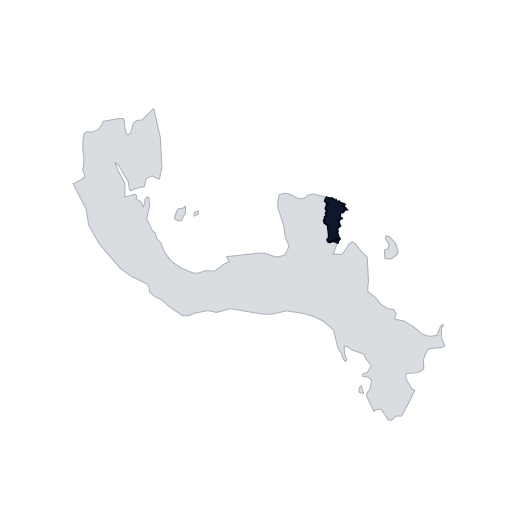 Mariato, Veraguas, Panama shown in context, rotated 207°
{"feature_id": "35544464B44926155348372", "entity_name": "Mariato", "entity_type": "district", "adm_level": 2, "iso_a3": "PAN", "parent_name": "Panama", "parent_adm1": "Veraguas", "projection": "mercator", "projection_center": [-80.871, 7.491], "detail": "fine", "context": "in_parent", "style": "filled", "palette": "ink", "viewbox_px": 512, "rotation_deg": 207, "n_neighbors": 0, "source": "geoboundaries", "source_scale": "gbopen_adm2", "svg_char_len": 8465}
<svg xmlns="http://www.w3.org/2000/svg" viewBox="0 0 512 512"><g transform="rotate(207 256 256)"><path d="M451.9,237.5L450.6,238.5L446.6,244.2L444.5,249.1L449.6,254.2L451.1,259.7L454.0,265.6L458.5,271.6L463.5,282.7L464.7,287.1L463.3,290.0L458.5,291.8L454.0,296.9L452.8,303.3L453.6,306.4L440.2,316.5L436.7,318.1L434.5,316.6L431.6,311.5L428.2,307.4L426.3,306.0L425.3,305.9L424.2,306.9L423.7,309.1L425.5,318.6L424.0,322.4L419.4,325.4L414.2,340.8L412.2,338.8L395.0,318.1L380.1,292.4L377.0,280.7L380.8,280.0L384.6,280.3L386.6,278.5L388.9,275.1L387.0,267.2L394.3,261.2L397.0,257.2L399.0,257.7L403.7,264.5L410.6,268.5L419.1,274.2L424.3,275.5L417.7,269.5L406.3,261.6L403.1,256.4L400.0,249.2L395.6,252.3L393.5,254.9L391.2,256.4L389.2,254.6L388.8,252.3L382.1,251.9L380.4,249.7L378.6,248.6L379.4,253.1L380.7,255.8L380.0,259.2L377.8,259.4L375.9,256.0L373.6,252.8L370.4,239.7L362.7,233.5L359.2,231.4L356.3,230.7L352.1,226.4L346.4,224.2L338.8,217.6L329.4,213.0L317.9,211.3L304.0,212.3L299.3,214.9L296.1,218.2L294.6,219.8L286.4,223.5L283.2,229.0L281.3,233.6L277.2,238.9L281.9,242.0L255.0,259.8L249.7,262.4L237.6,264.2L234.8,266.2L231.1,269.7L230.6,275.0L231.2,279.6L234.7,283.1L237.8,285.3L245.3,295.8L258.6,309.2L261.1,314.0L263.2,321.2L259.2,324.6L256.1,326.1L243.4,326.6L239.1,329.5L237.3,333.9L232.6,337.5L216.3,341.0L203.5,341.5L199.5,337.3L198.5,325.8L189.9,306.0L187.8,292.4L185.7,294.1L181.1,295.7L179.6,299.0L178.4,309.1L176.7,312.5L173.2,312.2L166.0,308.6L156.3,305.3L144.0,284.0L142.7,280.0L140.3,275.2L130.8,273.2L122.7,269.6L113.9,269.0L109.4,271.0L104.8,268.5L104.0,262.6L94.7,265.3L82.8,264.3L72.2,261.8L64.9,263.2L58.8,267.3L59.7,277.9L57.9,280.0L57.6,275.7L55.5,270.7L52.9,266.6L47.6,262.3L47.3,260.7L49.4,258.5L59.2,252.3L60.4,249.7L60.5,244.3L59.6,239.2L55.2,231.6L57.7,226.9L62.7,223.1L67.9,220.1L68.7,218.8L67.8,216.3L64.8,213.5L57.7,208.7L53.5,208.4L53.3,194.7L53.6,180.2L54.6,178.7L57.2,177.9L59.3,175.7L60.4,171.3L63.5,169.8L69.1,173.1L74.7,176.1L77.1,175.1L78.8,173.7L80.1,172.3L80.5,170.9L85.0,174.8L94.3,181.7L94.8,185.1L94.0,188.3L96.5,197.6L101.3,198.9L106.2,197.1L107.4,198.9L106.5,200.6L104.0,202.5L103.4,210.5L111.3,214.2L115.3,217.5L128.4,215.9L133.3,216.8L136.6,215.9L132.9,209.4L128.0,204.7L128.4,202.6L132.1,204.1L135.0,207.4L141.4,211.4L153.4,225.3L167.0,228.6L177.8,228.2L187.9,226.3L204.0,220.9L215.6,211.2L224.8,206.8L254.9,197.5L265.6,187.8L270.1,186.6L274.4,185.3L283.8,178.0L288.9,172.3L294.3,169.4L310.1,171.5L320.4,174.2L327.5,173.8L334.4,175.7L337.4,179.9L340.5,181.7L357.3,181.2L371.1,183.3L401.2,195.6L419.3,207.8L428.8,220.8L451.9,237.5ZM149.2,333.3L145.3,333.7L137.3,330.6L131.4,324.6L131.0,322.7L131.1,320.7L134.3,314.6L138.6,312.5L140.2,312.5L144.4,319.6L141.6,322.3L142.7,326.7L148.5,329.9L149.2,333.3ZM342.9,265.3L341.4,268.4L338.1,261.5L338.6,259.8L338.4,253.6L341.6,252.0L343.9,251.8L345.9,252.7L347.1,260.0L346.1,263.3L342.9,265.3ZM104.1,185.1L103.3,188.5L97.8,182.4L101.1,181.4L102.3,181.5L104.1,185.1ZM330.9,266.7L327.7,270.0L326.4,266.9L328.7,263.8L329.5,263.7L330.9,266.7Z" fill="#d9dde1" stroke="#a8b0b8" stroke-width="1"/><path d="M197.8,301.2L197.4,301.5L197.0,301.6L196.9,301.7L196.5,301.4L196.0,302.0L195.7,302.1L195.5,302.3L195.7,302.5L195.4,302.7L195.3,303.1L195.2,303.0L195.1,303.4L194.6,303.9L194.4,304.0L194.2,304.2L193.7,303.8L193.4,304.0L193.6,304.1L193.5,304.3L193.6,304.5L193.0,304.6L192.8,304.5L192.7,304.8L192.4,304.8L192.1,304.5L191.9,304.7L191.4,304.7L191.2,304.6L191.2,304.8L191.4,305.0L191.1,305.0L191.0,304.9L190.5,304.9L190.1,304.6L189.5,304.6L189.0,304.5L188.8,304.9L189.1,305.8L189.4,305.9L189.5,305.5L189.8,305.3L189.8,305.2L189.9,305.3L190.0,305.4L190.3,305.7L189.9,305.4L189.3,306.0L189.5,306.6L190.1,307.1L190.3,307.1L190.7,306.9L191.5,306.9L192.0,307.1L192.4,307.1L192.5,307.4L192.8,307.5L192.9,307.4L193.0,307.5L192.4,307.5L192.3,307.3L192.2,307.1L191.9,307.3L192.0,307.6L192.4,307.8L192.0,307.7L191.8,307.5L191.8,307.1L191.3,307.1L191.3,307.9L191.4,308.2L191.7,308.5L192.1,308.3L192.4,308.4L192.0,308.4L191.7,308.6L191.3,308.1L191.1,307.1L190.4,307.2L190.1,307.4L190.1,307.8L190.1,308.0L190.0,307.9L190.1,307.7L189.9,307.4L189.6,307.6L189.5,308.0L189.6,308.3L189.4,308.4L189.6,308.8L189.5,309.1L189.5,308.8L189.4,308.4L189.0,308.2L188.8,308.2L188.8,308.9L188.9,309.5L189.9,310.3L192.1,311.4L192.2,312.3L193.0,312.6L193.1,312.3L193.5,312.1L193.1,312.3L193.1,312.6L193.5,312.8L193.6,312.6L193.9,312.7L193.9,312.8L193.7,312.6L193.5,312.8L193.4,312.8L193.8,313.1L194.0,313.2L194.2,313.5L193.9,313.2L194.2,314.0L194.2,314.4L193.8,314.8L193.9,315.1L194.5,315.6L194.9,315.7L196.0,317.4L196.6,317.5L196.4,317.6L196.1,317.4L196.0,318.1L195.6,318.5L195.3,318.8L195.5,319.8L195.3,320.2L194.7,320.2L194.7,320.5L194.3,321.2L194.7,321.4L194.8,321.7L195.1,321.6L196.0,322.0L195.8,321.9L196.2,322.0L196.2,322.6L196.5,322.6L196.7,322.9L196.8,322.8L196.6,322.9L196.5,323.0L196.6,323.3L197.4,324.0L198.2,325.0L198.3,325.5L198.3,325.9L198.5,325.6L198.4,325.3L198.5,325.2L198.4,325.1L198.4,324.9L198.3,324.7L198.5,325.1L198.4,325.4L198.8,325.4L198.9,325.2L199.0,325.1L199.1,325.5L199.3,325.4L199.1,325.5L199.0,325.2L198.8,325.4L198.5,325.5L198.7,325.8L198.6,325.7L198.3,326.1L198.3,326.4L198.5,326.5L198.3,326.6L198.5,326.6L198.2,326.3L198.2,326.0L198.0,325.9L198.0,326.2L197.7,326.2L197.7,326.4L197.8,326.5L197.6,326.7L197.4,326.7L197.3,326.8L197.4,327.0L197.2,327.4L197.4,327.5L197.6,327.9L197.8,327.7L197.6,327.6L197.8,327.5L198.1,327.4L197.9,327.5L197.9,327.8L197.7,327.9L197.5,328.5L198.3,329.0L199.4,330.5L199.4,330.4L199.6,330.4L199.8,330.2L200.0,330.4L199.8,330.2L199.6,330.5L199.4,330.5L199.8,331.2L199.9,331.3L199.9,331.8L200.2,332.6L200.2,333.2L200.3,333.2L200.3,333.3L200.2,333.3L200.2,333.6L199.7,333.5L199.4,333.7L199.0,334.2L198.8,334.4L198.3,334.1L198.2,334.4L198.3,334.5L198.0,334.8L198.1,335.1L197.8,335.4L197.7,336.1L198.0,336.6L198.2,336.4L198.4,336.4L198.5,336.5L198.8,336.2L198.8,336.4L198.7,336.5L198.3,336.4L197.9,336.6L198.0,336.8L197.8,336.8L197.8,337.1L198.0,337.3L197.9,337.7L197.3,337.7L197.2,338.1L197.0,338.3L196.7,338.8L197.2,339.0L197.1,339.3L197.5,339.3L197.7,339.5L197.9,339.6L198.5,339.3L198.6,339.5L199.0,339.7L199.1,340.0L199.7,340.1L199.8,340.5L200.0,340.7L200.0,340.9L200.5,341.1L200.6,341.3L200.3,342.0L200.5,342.4L200.4,342.5L200.5,342.5L200.9,342.3L201.2,342.5L201.7,342.6L202.0,342.0L202.2,342.3L202.5,342.3L202.7,342.2L202.7,341.8L203.2,341.6L203.4,342.2L204.0,342.2L204.1,341.9L204.4,342.0L204.7,341.7L205.4,342.1L206.2,342.2L206.4,342.4L206.6,342.2L206.7,342.6L207.1,342.3L207.3,342.2L207.3,342.4L207.5,342.3L207.8,341.8L208.0,341.9L208.3,341.7L208.7,341.6L209.4,341.9L210.1,341.8L210.2,342.2L210.5,341.7L210.7,341.8L210.8,341.9L211.5,342.0L211.8,342.2L212.0,342.0L212.4,342.0L212.3,341.9L212.5,342.1L212.9,342.2L212.9,342.4L213.0,342.2L213.5,342.0L213.8,342.1L213.7,341.8L214.0,341.9L214.3,341.7L214.4,341.9L214.8,341.8L214.9,342.0L215.2,341.7L215.4,341.7L215.8,341.5L216.0,341.3L216.2,341.1L216.8,341.0L217.1,340.9L217.3,341.0L217.6,340.8L217.8,340.8L217.9,340.6L218.1,340.6L218.3,340.5L219.1,340.6L219.5,340.4L220.0,340.6L220.2,339.7L220.0,339.4L220.1,339.0L220.0,338.6L220.2,338.4L220.0,338.1L220.1,337.1L219.8,335.9L219.5,335.8L218.8,335.9L218.5,335.8L218.2,335.5L217.5,335.3L217.1,334.8L216.8,334.5L216.7,333.9L216.0,333.5L215.5,333.7L215.3,334.0L215.2,334.4L215.1,334.1L215.3,333.8L216.2,333.0L216.1,332.7L216.2,332.1L215.9,331.3L216.2,331.0L216.1,330.4L215.5,329.6L215.4,329.2L215.1,328.9L214.8,328.8L214.6,328.8L214.4,328.6L214.1,328.7L213.7,328.2L212.9,327.9L212.5,327.4L212.9,326.9L213.6,326.5L213.8,326.3L213.1,325.7L213.2,325.4L212.8,324.9L213.0,324.8L212.8,324.4L212.5,324.3L212.4,324.1L211.8,323.8L211.6,323.4L211.8,322.9L212.1,322.8L212.4,322.1L212.8,321.9L212.7,321.6L212.4,321.3L212.3,320.8L212.0,320.5L211.7,320.4L211.8,319.8L211.3,319.5L211.9,319.0L211.9,318.6L212.5,318.3L211.4,318.3L210.9,317.9L210.7,317.5L210.9,317.2L210.6,317.0L210.7,316.7L209.8,316.1L209.5,316.1L209.0,316.3L208.7,316.2L208.4,316.2L208.1,315.9L207.7,316.1L207.3,315.9L206.7,316.0L206.5,315.7L206.1,315.5L200.3,306.8L199.6,303.3L200.3,303.2L200.3,302.7L199.8,302.2L199.0,302.0L198.8,301.6L198.4,301.5L198.3,301.3L198.1,301.4L197.8,301.2ZM196.1,338.3L196.1,338.2L195.8,338.4L195.7,338.5L195.9,338.5L195.7,338.6L196.1,338.3ZM197.3,328.4L197.1,328.4L197.1,328.5L197.3,328.4ZM196.3,338.2L196.3,337.9L196.2,338.1L196.3,338.2ZM196.5,328.7L196.3,328.6L196.3,328.8L196.5,328.7ZM196.8,328.4L196.7,328.3L196.8,328.4Z" fill="#0f172a" stroke="#020617" stroke-width="1.5"/></g></svg>